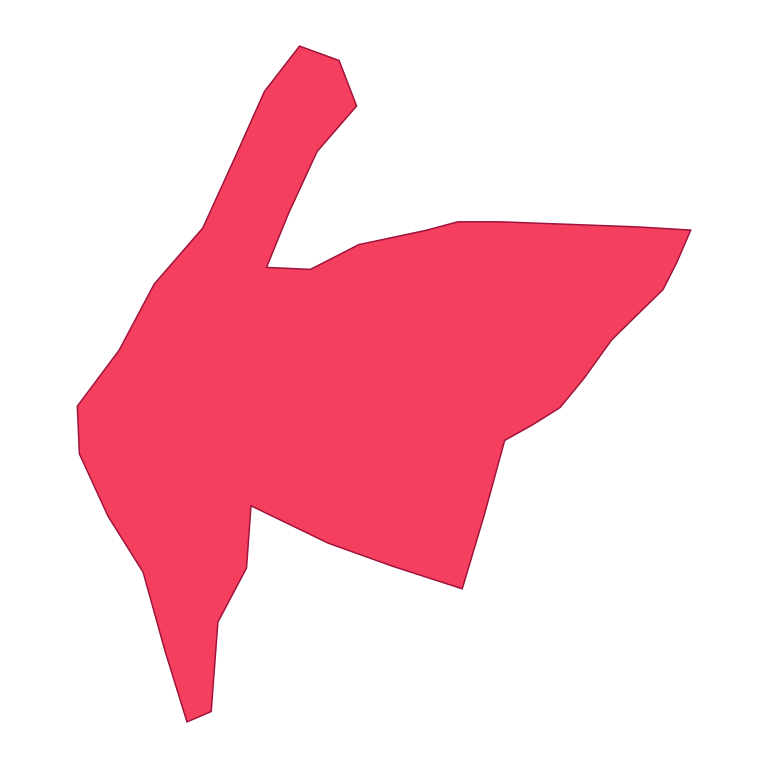 the district of Hazar, Balkan, Turkmenistan
{"feature_id": "10190150B7816159308361", "entity_name": "Hazar", "entity_type": "district", "adm_level": 2, "iso_a3": "TKM", "parent_name": "Turkmenistan", "parent_adm1": "Balkan", "projection": "robinson", "projection_center": [53.382, 39.496], "detail": "fine", "context": "isolated", "style": "filled", "palette": "rose", "viewbox_px": 768, "rotation_deg": 0, "n_neighbors": 0, "source": "geoboundaries", "source_scale": "gbopen_adm2", "svg_char_len": 667}
<svg xmlns="http://www.w3.org/2000/svg" viewBox="0 0 768 768"><path d="M457.7,221.8L427.0,230.1L358.8,244.6L310.4,269.4L266.5,267.4L288.5,213.5L317.1,151.5L356.6,106.0L339.1,60.5L299.5,46.1L264.4,91.5L235.8,155.6L202.8,228.0L154.3,283.9L119.1,350.2L77.3,406.2L79.4,453.9L108.0,516.2L143.1,572.2L165.1,651.2L187.0,721.9L211.2,711.5L217.9,622.1L246.5,568.1L251.0,505.8L328.0,543.1L391.8,566.0L462.2,588.8L463.6,584.2L474.7,547.1L484.5,514.1L504.7,440.4L532.9,424.6L560.1,407.5L584.2,378.1L605.0,349.1L611.7,339.9L638.0,314.0L663.1,289.5L677.0,262.0L687.7,237.2L690.7,230.1L639.4,227.0L499.7,221.8L457.7,221.8Z" fill="#f43f5e" stroke="#9f1239" stroke-width="1.5"/></svg>